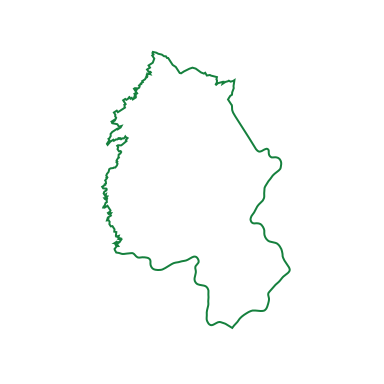 the district of Restauración, Dajabón, Dominican Republic, rotated 57°
{"feature_id": "3306468B11586418732368", "entity_name": "Restauración", "entity_type": "district", "adm_level": 2, "iso_a3": "DOM", "parent_name": "Dominican Republic", "parent_adm1": "Dajabón", "projection": "equal_earth", "projection_center": [-71.654, 19.301], "detail": "fine", "context": "isolated", "style": "outline", "palette": "green", "viewbox_px": 384, "rotation_deg": 57, "n_neighbors": 0, "source": "geoboundaries", "source_scale": "gbopen_adm2", "svg_char_len": 6044}
<svg xmlns="http://www.w3.org/2000/svg" viewBox="0 0 384 384"><g transform="rotate(57 192 192)"><path d="M293.2,149.8L290.7,148.8L288.6,148.2L285.5,148.0L284.0,148.1L282.6,148.4L281.2,148.9L280.0,149.8L276.7,153.0L275.6,154.0L274.3,154.7L272.1,155.2L269.9,155.2L267.7,154.7L266.4,154.1L263.6,152.3L262.2,151.8L260.0,151.5L257.8,151.6L256.3,152.0L255.7,152.4L254.7,153.2L253.4,154.8L252.2,157.0L251.3,157.9L250.2,158.4L249.0,158.5L247.7,158.2L247.1,158.0L246.0,157.1L244.7,155.4L244.1,154.0L243.0,151.1L239.7,145.2L238.9,142.9L237.9,138.1L237.7,137.3L237.0,136.0L236.2,134.8L235.2,133.9L232.3,132.1L228.2,129.0L227.8,128.5L227.1,127.4L224.6,122.1L223.6,119.0L222.2,115.4L221.7,112.9L221.2,107.5L220.8,105.9L220.5,105.1L219.6,104.1L217.2,102.0L216.1,101.3L214.8,100.8L213.5,100.6L212.1,100.6L210.8,101.0L210.2,101.3L209.2,102.1L208.3,103.1L207.0,105.4L206.3,106.4L205.8,106.7L204.7,107.1L203.5,107.2L202.2,106.9L201.1,106.4L199.7,105.5L198.8,105.0L197.7,105.0L197.2,105.2L196.7,105.5L196.3,106.1L196.1,106.8L195.8,108.2L195.6,111.3L195.2,112.8L194.8,113.5L194.3,114.0L193.1,114.6L191.0,115.0L177.7,114.7L151.8,114.5L147.9,114.3L146.4,114.0L145.0,113.6L141.6,111.6L140.5,111.3L140.4,111.4L134.0,111.4L133.7,110.7L133.3,110.0L132.2,107.5L132.2,105.5L130.3,104.0L127.7,100.5L125.8,99.5L121.3,95.5L121.3,97.0L120.5,99.5L118.7,100.5L118.7,101.5L117.9,104.0L117.9,107.4L116.6,105.8L116.4,106.1L114.9,110.9L115.2,113.3L114.6,113.4L113.7,111.5L111.9,110.2L110.9,110.2L109.2,108.5L104.7,112.7L103.6,113.3L102.9,115.0L102.4,116.1L99.2,116.0L99.2,117.5L96.7,119.3L90.5,121.7L88.0,123.9L87.2,127.0L86.5,133.0L86.5,136.5L85.4,137.5L78.3,137.5L74.9,139.0L66.7,139.0L65.9,140.0L64.0,140.0L62.9,141.5L60.3,142.5L57.7,145.0L55.8,146.0L53.2,148.5L53.9,149.5L55.8,149.5L55.8,151.0L59.6,151.0L62.2,154.5L62.2,159.5L64.8,159.5L64.8,163.0L67.4,162.9L68.6,161.4L69.3,161.4L69.3,162.9L70.4,162.9L69.3,163.9L69.3,165.4L68.6,165.4L69.3,166.4L70.4,166.4L70.4,167.4L71.2,167.4L71.2,168.9L71.9,169.9L71.9,173.4L73.1,173.4L73.1,175.9L73.8,175.9L73.8,178.4L74.9,178.4L75.7,179.4L75.7,180.9L74.9,181.9L73.8,183.4L73.8,184.4L75.7,184.4L75.7,181.9L76.4,183.4L76.4,184.4L79.4,184.3L79.4,185.3L78.3,185.3L78.3,186.8L79.4,186.8L80.2,187.8L80.2,186.8L80.9,186.8L80.9,187.8L82.1,187.8L82.1,191.3L80.2,191.3L80.2,192.8L78.3,192.8L78.3,193.3L78.5,193.7L78.8,194.4L79.0,195.2L78.9,196.9L77.6,197.3L77.6,199.8L82.1,199.8L82.1,200.1L82.1,201.3L82.8,201.3L84.0,202.3L84.7,202.3L84.7,210.7L82.8,210.8L82.8,214.2L85.5,214.2L86.6,215.2L88.5,215.2L90.0,217.7L90.0,220.2L89.2,219.2L89.2,221.2L91.1,221.2L93.0,219.2L94.5,217.7L95.9,217.7L97.5,217.7L98.2,215.2L99.0,216.7L99.0,220.2L98.2,220.2L98.2,222.9L98.2,226.2L99.0,228.7L100.8,229.7L102.0,232.1L102.0,233.1L103.5,233.1L104.6,235.6L105.3,237.1L106.5,237.1L105.3,233.1L105.3,232.1L105.3,229.6L106.5,229.6L106.5,227.1L107.2,226.1L107.2,225.2L108.0,223.7L107.2,223.7L107.9,222.7L109.1,222.7L109.1,221.2L109.8,220.2L109.8,219.2L109.1,217.7L109.8,217.7L111.7,216.7L112.4,219.2L113.6,219.2L114.0,222.4L114.3,225.1L114.3,226.1L112.5,228.6L112.5,229.6L114.3,229.6L115.5,231.1L118.1,231.1L118.8,229.6L119.9,229.6L120.7,231.1L120.7,233.1L122.6,234.6L123.3,234.6L123.3,235.6L124.5,238.1L125.9,238.1L125.9,239.1L127.8,239.1L128.9,240.6L129.7,243.0L129.0,244.0L129.0,245.0L127.8,247.5L127.8,249.0L129.7,251.0L130.5,253.5L131.6,255.0L133.5,255.0L133.5,255.6L133.5,256.0L134.2,256.0L134.5,256.9L135.0,258.5L136.1,258.5L138.0,259.5L138.0,260.9L138.0,261.0L138.7,261.0L138.7,264.5L140.6,264.5L142.5,262.0L143.2,262.0L144.0,262.9L144.0,265.4L145.1,266.9L147.0,266.9L147.0,265.4L148.5,266.9L149.6,265.4L150.3,266.9L152.2,266.9L150.3,267.9L149.6,268.9L150.3,268.9L152.2,267.9L154.1,268.9L154.1,270.4L156.0,272.9L156.0,273.9L156.7,274.9L157.5,273.9L157.5,270.4L163.1,270.4L163.8,271.4L163.8,273.9L164.9,273.9L164.9,272.9L165.7,271.4L166.4,272.9L167.6,272.9L167.6,276.3L168.3,276.3L168.3,277.3L169.5,278.8L170.2,277.3L172.1,277.3L174.0,278.8L176.6,278.8L177.3,277.3L181.1,277.3L182.9,278.8L184.4,277.3L187.4,279.8L188.2,279.8L188.9,277.3L190.1,278.8L191.9,277.3L191.9,278.8L193.4,277.3L194.5,279.9L193.4,282.3L192.7,282.3L192.7,284.0L192.7,284.8L194.6,282.3L194.6,284.8L195.3,284.8L195.3,283.3L197.2,283.3L196.4,284.7L197.2,286.7L197.6,288.0L198.7,288.3L201.5,288.5L203.4,286.4L205.4,284.8L206.3,283.8L207.0,282.6L207.9,280.7L210.1,276.4L210.8,275.3L211.3,274.9L212.4,274.4L215.4,273.9L216.6,273.5L217.6,272.9L218.4,271.8L219.7,269.2L221.0,267.3L222.6,265.5L223.7,264.6L225.0,264.1L226.3,264.1L227.4,264.5L229.5,265.9L230.7,266.5L232.0,266.8L233.3,266.9L234.7,266.7L236.0,266.1L237.2,265.1L238.7,263.3L240.0,261.2L240.7,259.6L240.9,258.7L241.2,255.9L241.4,248.4L241.6,246.6L241.8,245.7L242.3,244.2L243.5,241.5L244.5,238.4L245.7,235.6L246.2,234.2L246.5,232.5L246.8,227.6L247.1,226.1L247.3,225.4L247.7,224.8L248.2,224.3L248.7,223.9L249.9,223.5L251.8,223.5L253.0,223.8L254.1,224.4L254.6,224.9L254.9,225.5L256.1,229.2L256.4,229.7L256.8,230.1L257.8,230.8L260.1,231.7L261.3,232.4L262.4,233.4L265.7,236.8L266.9,237.6L268.2,238.1L268.9,238.2L270.3,238.2L271.6,237.9L272.2,237.6L272.8,237.2L274.0,236.2L277.1,232.9L278.3,232.0L279.0,231.7L280.3,231.4L281.6,231.4L283.0,231.7L283.6,231.9L284.7,232.6L286.9,234.1L289.3,235.5L292.5,237.9L294.9,239.3L296.1,240.3L299.3,243.7L301.0,245.2L303.4,246.7L305.6,248.3L306.7,249.0L308.0,249.5L309.3,249.7L311.3,249.8L312.6,249.5L313.7,248.9L314.1,248.4L314.5,247.8L314.9,246.4L315.2,242.6L315.4,241.2L315.9,239.9L316.7,238.9L319.7,236.5L320.8,235.7L327.9,232.3L326.9,229.5L325.7,224.7L324.3,221.2L323.9,219.6L323.6,217.9L323.4,215.3L323.4,212.6L323.5,209.9L323.9,207.4L324.4,205.8L325.7,203.7L329.0,199.5L330.2,197.6L330.7,196.3L330.8,195.5L330.7,194.7L330.3,193.2L329.1,191.3L327.1,188.9L325.5,187.2L324.4,186.2L323.2,185.4L319.7,184.1L318.7,183.3L318.3,182.8L317.8,181.4L316.4,176.4L315.3,172.5L314.7,168.4L314.3,166.7L313.1,163.1L312.7,161.5L312.1,155.3L311.6,153.8L311.2,153.1L310.7,152.6L310.1,152.2L309.5,152.0L308.1,151.7L299.8,151.8L296.8,151.4L295.3,151.0L293.2,149.8Z" fill="none" stroke="#15803d" stroke-width="2"/></g></svg>